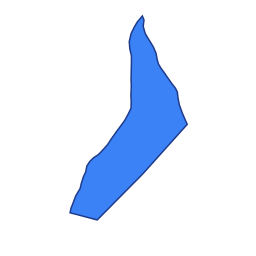 outline of Baraúna, Paraíba, Brazil, rotated 32°
{"feature_id": "56859067B2396589679241", "entity_name": "Baraúna", "entity_type": "district", "adm_level": 2, "iso_a3": "BRA", "parent_name": "Brazil", "parent_adm1": "Paraíba", "projection": "albers", "projection_center": [-36.272, -6.62], "detail": "fine", "context": "isolated", "style": "filled", "palette": "blue", "viewbox_px": 256, "rotation_deg": 32, "n_neighbors": 0, "source": "geoboundaries", "source_scale": "gbopen_adm2", "svg_char_len": 843}
<svg xmlns="http://www.w3.org/2000/svg" viewBox="0 0 256 256"><g transform="rotate(32 128 128)"><path d="M176.3,93.5L172.5,91.0L166.1,86.5L159.2,81.1L154.3,75.8L150.7,71.3L147.1,69.1L141.3,67.0L134.0,63.9L129.8,62.0L124.2,59.8L120.1,57.7L117.0,55.0L112.2,49.8L106.8,46.0L101.9,43.5L97.2,41.2L92.2,38.5L87.0,33.7L84.3,27.9L80.8,25.4L79.7,33.3L79.9,39.4L80.6,46.3L83.3,54.1L87.5,59.8L92.7,65.0L96.5,71.1L100.5,77.9L103.0,82.1L105.1,85.6L108.2,90.1L111.1,95.1L113.3,99.0L116.9,104.2L120.1,109.7L120.8,116.2L121.2,123.3L120.6,131.7L120.1,137.3L119.9,141.7L119.6,146.2L119.5,152.8L118.3,160.0L116.9,166.5L114.6,171.3L113.3,176.8L113.3,182.2L115.4,187.7L116.0,192.9L117.6,199.2L119.5,204.8L119.5,209.1L119.7,213.6L121.0,219.8L122.2,226.3L123.8,230.6L150.6,222.3L164.8,159.3L176.3,93.5Z" fill="#3b82f6" stroke="#1e3a8a" stroke-width="1.5"/></g></svg>